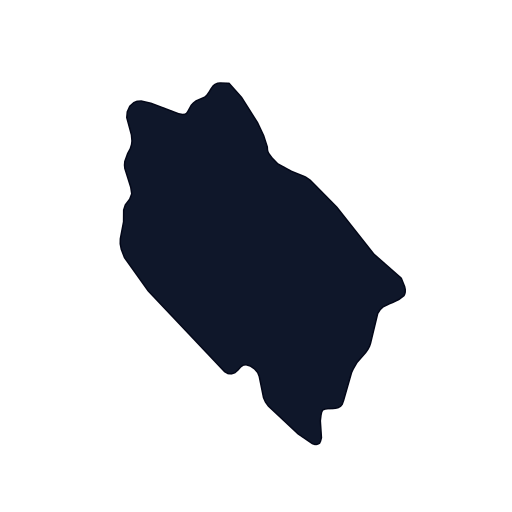 the border of Prague, rotated 240°
{"feature_id": "CZE-1595", "entity_name": "Prague", "entity_type": "Region", "adm_level": 1, "iso_a3": "CZE", "parent_name": "Czechia", "parent_adm1": "", "projection": "natural_earth1", "projection_center": [14.449, 50.06], "detail": "fine", "context": "isolated", "style": "filled", "palette": "ink", "viewbox_px": 512, "rotation_deg": 240, "n_neighbors": 0, "source": "natural_earth", "source_scale": "10m", "svg_char_len": 1495}
<svg xmlns="http://www.w3.org/2000/svg" viewBox="0 0 512 512"><g transform="rotate(240 256 256)"><path d="M320.3,141.3L329.2,142.7L334.4,144.5L338.7,147.1L351.8,158.4L362.0,164.4L365.6,168.4L368.4,175.1L372.0,179.5L378.1,181.9L397.4,186.2L400.5,187.6L403.5,189.7L409.0,196.2L411.8,200.8L414.8,204.0L417.6,206.1L423.2,208.7L440.5,213.3L445.2,216.6L448.8,221.6L449.9,226.9L449.5,230.2L447.6,234.1L440.7,241.5L417.9,260.1L415.3,263.1L414.3,265.2L414.2,267.0L415.1,269.0L418.9,275.3L419.8,278.3L420.3,281.7L419.2,291.1L419.8,293.8L421.5,297.5L423.3,300.7L424.8,304.1L425.1,306.4L424.8,309.1L423.8,311.4L419.0,319.0L400.6,322.8L370.7,324.0L356.4,322.8L344.8,320.3L342.4,319.1L340.7,318.5L338.5,318.3L333.0,318.9L325.0,320.9L311.7,329.0L299.6,338.4L294.6,340.8L257.8,350.4L198.7,359.0L164.1,370.7L155.1,369.4L152.4,368.5L150.2,367.2L148.8,365.9L147.7,364.3L146.9,358.2L147.4,351.1L147.9,347.9L148.4,340.6L147.5,336.8L145.4,332.7L123.2,311.6L121.1,309.2L119.3,306.4L117.6,302.8L113.3,290.2L109.5,283.6L107.3,280.5L87.1,259.6L84.5,256.5L83.6,254.1L83.6,251.2L84.4,248.7L85.6,246.0L87.9,241.8L88.9,239.3L89.3,236.8L88.0,234.8L85.8,232.8L81.1,229.3L65.9,221.8L63.4,219.3L62.1,217.4L62.2,215.7L62.5,214.3L63.4,212.7L65.3,211.0L80.9,203.5L119.8,191.7L124.8,191.2L129.6,191.7L150.1,198.6L154.2,199.2L158.9,198.3L163.5,196.1L166.8,193.0L167.9,190.4L167.6,187.2L166.3,183.4L165.5,179.3L166.2,175.9L168.1,173.0L171.5,171.0L279.7,145.2L320.3,141.3Z" fill="#0f172a" stroke="#020617" stroke-width="1.5"/></g></svg>